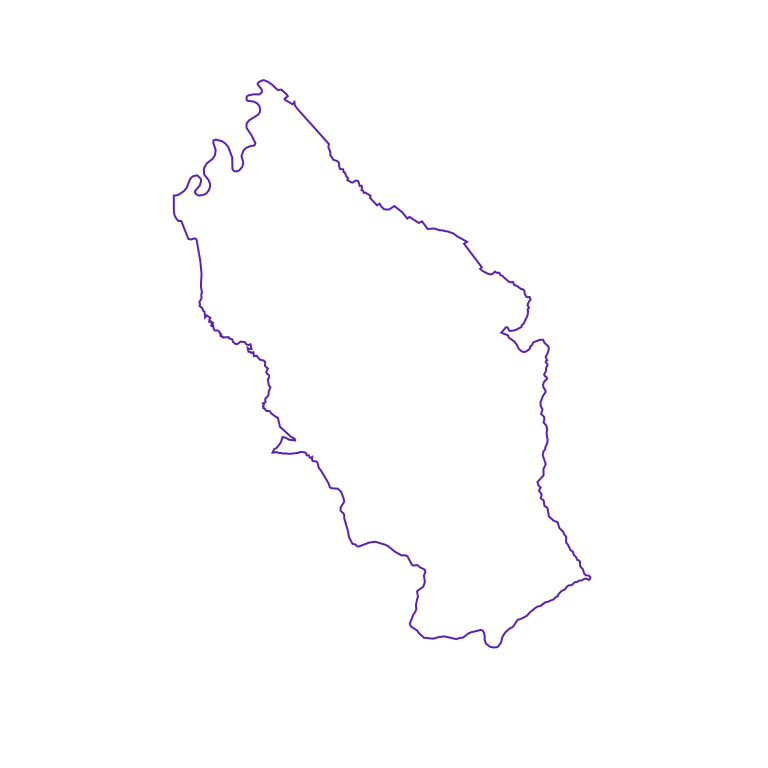 San Pedro, Valle del Cauca, Colombia, rotated 33°
{"feature_id": "7082276B32366816455434", "entity_name": "San Pedro", "entity_type": "district", "adm_level": 2, "iso_a3": "COL", "parent_name": "Colombia", "parent_adm1": "Valle del Cauca", "projection": "orthographic", "projection_center": [-76.202, 3.977], "detail": "fine", "context": "isolated", "style": "outline", "palette": "violet", "viewbox_px": 768, "rotation_deg": 33, "n_neighbors": 0, "source": "geoboundaries", "source_scale": "gbopen_adm2", "svg_char_len": 6165}
<svg xmlns="http://www.w3.org/2000/svg" viewBox="0 0 768 768"><g transform="rotate(33 384 384)"><path d="M662.6,436.7L662.9,434.5L661.9,433.4L660.1,433.2L657.3,434.5L655.0,433.9L651.8,431.1L647.8,430.0L644.9,426.1L643.7,425.8L642.0,426.3L639.3,424.6L636.1,423.9L633.7,421.8L631.0,421.8L625.8,418.6L623.0,417.7L620.0,412.9L616.7,411.8L614.7,410.3L609.5,409.3L605.0,405.4L600.4,406.2L594.3,405.2L589.0,399.3L587.6,398.7L585.0,398.9L581.4,394.8L577.6,394.4L576.3,390.7L572.0,389.0L571.8,385.5L568.9,385.0L566.1,382.7L567.6,373.7L564.1,368.6L563.3,363.1L555.9,357.3L554.4,353.6L554.8,351.1L553.8,349.3L553.1,344.8L551.7,341.9L547.3,337.0L545.4,333.0L542.6,330.4L538.8,329.4L537.9,326.6L536.0,324.3L532.1,323.6L530.7,318.9L527.1,316.8L525.2,314.1L523.8,307.4L523.9,302.9L522.8,301.4L519.7,300.1L517.9,298.1L517.0,295.4L517.9,290.9L516.8,289.8L514.4,289.6L513.2,288.9L512.7,284.7L511.3,282.3L510.9,279.2L510.2,278.4L507.7,277.7L507.4,276.4L508.0,275.3L504.8,273.2L504.4,268.8L503.1,264.7L501.4,263.0L496.0,262.0L493.4,260.3L490.7,262.0L486.6,267.6L486.9,271.1L486.2,273.1L486.9,274.4L486.8,276.2L485.5,279.3L483.7,281.3L481.4,281.6L477.8,281.1L474.2,278.9L470.3,277.4L463.2,277.1L461.5,275.7L454.4,277.1L455.4,269.9L457.0,269.3L459.8,271.0L461.0,270.8L464.5,267.7L468.2,261.4L467.5,259.9L468.2,257.5L467.1,248.5L465.2,244.5L463.9,243.5L464.0,240.9L461.5,239.8L460.8,237.2L460.9,233.3L458.8,231.7L457.0,233.1L455.6,233.3L452.5,231.3L450.8,229.2L448.4,229.0L447.4,229.7L441.6,229.3L439.6,230.2L436.5,228.2L435.5,229.4L433.0,230.3L424.3,228.9L422.1,229.2L420.1,227.9L417.9,229.4L415.8,229.3L415.0,232.6L413.6,234.2L410.9,235.0L405.1,235.5L401.9,235.0L402.4,232.8L374.7,222.8L376.2,219.5L365.4,220.3L360.0,220.0L354.0,221.5L351.0,223.0L349.6,223.0L347.4,224.6L341.3,226.3L336.2,230.2L327.3,226.9L325.4,230.0L314.3,230.0L313.5,232.6L305.7,230.0L295.8,229.1L293.2,234.9L291.2,236.2L289.0,237.4L285.6,236.8L282.1,235.2L280.8,238.0L270.8,235.5L270.2,233.5L264.2,233.6L263.1,234.6L261.0,233.3L259.6,233.7L258.3,230.8L257.1,230.0L255.8,231.1L252.0,228.0L250.9,228.0L249.0,229.3L248.3,231.8L247.4,232.5L242.3,233.0L241.7,230.9L239.3,230.4L235.8,227.9L234.8,228.3L232.8,226.2L230.0,227.7L227.5,225.5L226.1,223.3L225.0,222.7L223.4,222.5L219.4,223.5L214.2,221.2L212.6,218.6L208.5,215.9L207.0,212.7L161.8,200.5L157.5,198.9L155.3,196.3L154.9,199.2L146.1,199.6L145.3,199.0L146.5,195.0L144.5,194.1L137.5,193.0L135.5,194.8L134.2,195.3L127.4,193.9L122.0,193.8L117.9,194.6L116.6,195.6L114.9,198.4L114.3,199.9L114.8,201.5L121.0,203.6L122.4,205.3L122.6,206.6L121.6,209.2L117.2,211.8L113.3,215.5L112.5,217.0L112.6,218.3L113.7,220.3L115.1,220.8L120.6,218.3L124.3,217.6L128.0,218.7L130.9,221.6L131.9,224.0L131.7,226.8L127.2,236.4L126.9,240.3L129.1,244.0L138.2,248.0L145.0,252.1L145.4,254.5L142.2,257.5L139.8,260.9L139.0,264.7L140.1,269.7L140.8,271.0L144.6,274.2L145.8,275.9L146.9,279.3L146.2,283.8L145.2,285.3L143.9,286.5L141.9,287.1L139.7,286.1L133.3,276.7L124.2,270.0L119.3,268.6L116.0,268.6L109.8,270.6L108.3,272.6L109.5,274.7L115.5,279.6L117.6,284.2L117.6,288.5L115.3,295.4L115.4,300.3L116.2,302.5L119.2,306.3L125.8,308.5L129.0,310.8L130.5,312.8L131.6,316.8L131.2,320.9L130.1,323.1L126.4,326.7L123.6,327.2L121.3,326.5L120.5,325.2L121.4,318.0L120.0,313.1L118.4,311.7L114.7,310.8L113.2,311.1L110.4,314.2L109.7,317.8L111.6,326.3L111.2,330.9L109.0,336.4L107.1,339.0L105.1,340.5L113.9,353.9L116.8,356.9L120.4,358.7L122.9,359.2L125.2,357.7L140.8,368.8L143.3,368.0L145.9,365.0L147.6,364.7L149.0,365.9L163.2,381.2L171.1,391.2L177.2,401.8L181.6,406.5L181.7,408.0L184.3,411.6L184.6,415.8L186.3,417.3L186.7,419.0L190.4,419.4L192.3,421.0L194.2,421.2L197.7,425.6L197.9,423.1L202.4,423.1L202.4,424.9L203.8,426.1L203.3,426.8L203.8,427.1L204.9,425.7L207.5,426.0L207.6,427.4L206.7,427.6L207.5,429.3L208.4,429.2L209.1,428.3L211.1,430.5L212.9,431.3L215.1,429.8L217.7,429.8L218.7,431.0L219.7,430.7L220.7,431.3L220.5,432.6L221.3,432.9L223.0,432.3L223.5,432.7L228.3,429.3L229.3,430.1L232.6,429.3L234.6,431.0L238.1,431.3L239.5,429.9L240.6,426.6L244.7,424.6L246.6,425.7L249.1,425.2L250.4,423.4L253.8,426.7L251.9,428.0L250.0,428.0L252.8,430.8L254.7,429.8L256.0,430.3L257.1,428.4L259.8,431.5L261.8,429.7L266.4,431.2L270.6,429.8L272.5,430.3L274.2,433.6L278.3,434.4L278.7,438.2L279.7,438.9L282.7,439.2L284.2,441.2L284.0,443.3L287.9,447.7L290.5,448.6L291.5,453.3L292.8,455.3L293.2,457.7L292.4,461.0L294.5,463.9L293.0,466.2L294.5,466.6L294.5,468.5L295.7,468.9L295.8,469.9L297.9,469.8L299.7,470.7L302.8,469.0L305.2,470.0L311.3,470.5L313.2,470.0L320.0,476.5L335.1,479.0L338.8,478.5L340.1,479.8L334.8,482.4L330.8,482.6L327.8,483.7L329.2,488.7L329.2,491.5L328.7,496.1L327.3,498.8L328.0,502.3L331.1,499.5L334.0,499.0L335.5,497.7L337.4,497.3L338.9,496.0L342.9,494.0L349.9,488.2L350.6,486.7L354.4,484.6L356.6,484.6L358.0,485.9L359.8,484.8L361.9,486.2L362.8,485.8L363.5,484.3L364.8,486.6L366.3,487.5L369.3,485.8L370.7,486.0L375.4,490.1L377.6,490.6L391.6,497.5L394.9,500.2L397.0,499.9L402.4,496.9L406.8,497.8L412.5,502.0L414.7,504.4L414.9,511.0L416.0,513.3L417.0,514.1L420.8,514.7L421.9,515.5L423.9,518.4L433.2,526.4L438.0,531.4L444.5,535.2L447.5,534.2L450.1,534.8L451.2,534.2L458.0,525.0L462.7,521.0L472.8,518.1L475.8,517.8L484.5,518.7L492.2,518.2L495.1,516.0L497.5,515.7L505.8,520.4L506.7,520.4L508.0,520.0L510.4,517.7L514.1,518.1L519.2,517.5L521.1,519.1L521.8,523.0L525.9,527.5L526.6,529.4L527.3,532.7L524.7,539.2L524.9,540.2L528.5,544.1L528.9,546.4L531.3,552.2L533.7,555.1L534.3,558.2L534.2,561.6L536.2,571.1L538.8,572.7L546.0,572.7L549.6,574.1L555.8,575.0L563.8,570.9L568.2,566.0L572.3,562.7L583.6,558.6L586.0,555.5L588.4,553.7L590.6,547.3L592.0,545.1L599.2,537.4L601.1,537.1L603.4,538.2L606.1,541.0L607.5,543.5L610.7,546.1L615.6,546.7L618.6,545.7L621.6,543.7L622.7,542.1L622.9,536.9L621.1,531.8L620.9,526.6L622.8,519.9L624.0,518.5L624.5,516.7L624.4,509.3L627.5,505.3L630.1,500.4L630.7,496.1L632.9,489.4L634.2,486.8L636.7,484.2L636.5,482.9L637.6,481.6L637.6,479.9L640.1,477.3L643.6,472.1L644.0,469.6L645.3,467.2L644.8,465.3L645.6,461.0L647.5,457.8L647.9,453.9L648.7,452.3L651.0,450.3L652.0,446.2L653.8,444.9L654.5,443.0L656.8,440.9L658.4,437.9L660.3,436.9L662.6,436.7Z" fill="none" stroke="#5b21b6" stroke-width="2"/></g></svg>